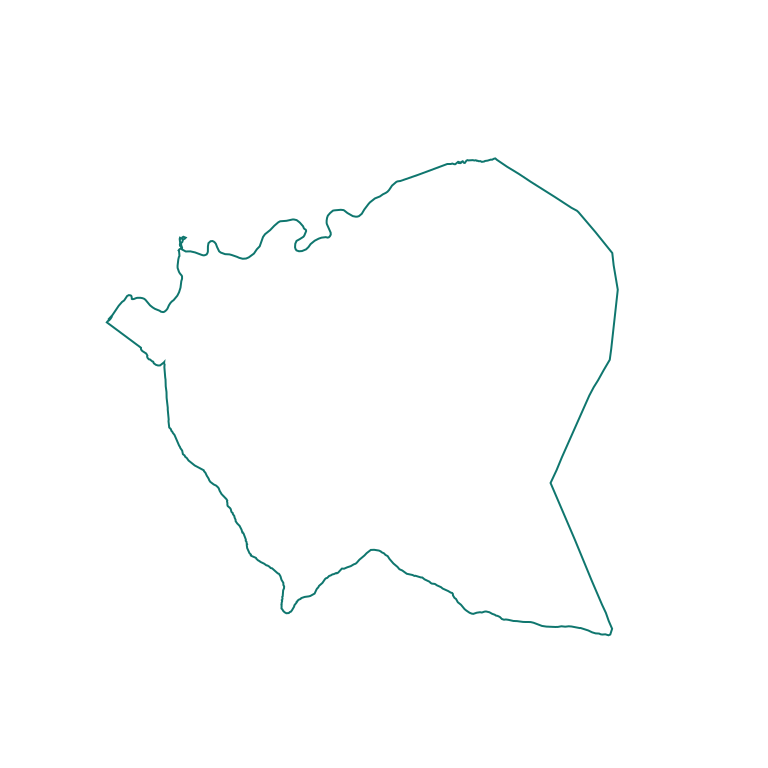 Kanel, Matam, Senegal (Albers equal-area conic projection), rotated 285°
{"feature_id": "50182788B72122084264725", "entity_name": "Kanel", "entity_type": "district", "adm_level": 2, "iso_a3": "SEN", "parent_name": "Senegal", "parent_adm1": "Matam", "projection": "albers", "projection_center": [-13.164, 15.01], "detail": "fine", "context": "isolated", "style": "outline", "palette": "teal", "viewbox_px": 768, "rotation_deg": 285, "n_neighbors": 0, "source": "geoboundaries", "source_scale": "gbopen_adm2", "svg_char_len": 6154}
<svg xmlns="http://www.w3.org/2000/svg" viewBox="0 0 768 768"><g transform="rotate(285 384 384)"><path d="M595.0,363.0L584.3,347.2L583.2,344.6L582.4,343.6L577.7,340.4L572.7,338.7L570.6,337.6L569.0,336.2L566.9,333.8L564.1,331.5L560.9,327.2L555.8,323.4L553.8,322.4L547.4,319.8L542.7,318.5L539.7,316.4L538.8,315.0L538.3,313.4L538.1,310.4L539.7,304.4L541.3,300.7L541.5,299.9L541.1,297.2L538.9,291.2L538.3,289.9L537.5,289.3L535.2,287.7L532.1,286.2L529.7,286.0L527.0,286.3L524.7,286.9L523.6,287.5L516.4,293.3L514.5,293.9L512.7,293.5L511.5,292.8L511.1,292.2L510.8,291.6L510.8,289.8L509.2,285.8L507.5,283.3L504.5,280.0L500.2,276.9L496.7,275.6L493.9,273.9L491.2,270.4L490.2,267.5L490.4,264.9L491.4,263.7L493.0,262.7L496.5,262.0L499.6,262.5L502.2,265.2L505.4,268.1L506.8,268.6L510.6,269.1L511.6,269.2L512.3,268.9L512.8,268.4L513.2,267.0L513.8,266.2L515.4,265.0L518.2,260.8L519.7,257.2L519.6,254.4L519.3,253.2L516.4,247.6L514.3,241.6L512.9,240.1L508.5,237.1L503.2,234.2L497.9,230.3L494.7,229.1L484.8,228.3L481.2,226.3L476.3,224.6L471.3,220.6L469.5,218.3L468.4,215.1L468.4,211.5L468.8,209.0L469.2,203.3L469.2,201.2L468.3,196.9L468.7,192.3L469.5,190.4L473.1,187.3L475.9,185.3L477.0,183.8L477.5,182.6L477.7,181.3L477.0,179.5L474.6,178.0L471.4,178.3L466.3,179.6L465.0,179.6L463.2,179.1L461.9,177.4L461.5,176.1L461.5,174.7L462.2,167.4L462.0,162.6L460.7,158.2L461.7,154.0L463.4,153.7L465.7,152.1L467.8,151.5L468.9,152.4L471.5,152.5L472.9,154.0L474.0,154.6L474.3,152.1L473.5,151.3L472.3,151.2L471.5,150.0L472.4,149.6L472.5,149.1L471.2,149.1L467.5,150.6L466.0,150.7L464.7,151.2L464.2,152.5L463.4,152.8L462.4,152.7L461.1,151.5L459.8,151.0L459.5,151.5L457.3,152.4L454.6,153.3L453.6,153.0L451.0,153.1L444.8,154.0L442.7,154.6L439.3,156.9L438.0,158.2L436.3,160.6L435.6,161.1L433.4,161.7L430.9,161.6L424.4,162.5L419.6,162.3L415.8,161.5L410.6,159.1L408.8,157.7L406.9,156.7L404.4,155.9L400.6,155.3L398.8,154.5L397.0,153.2L396.3,152.1L396.1,149.9L396.7,148.3L397.3,143.3L398.1,140.7L399.4,137.7L403.5,131.9L404.2,130.4L404.4,128.6L404.2,126.2L403.5,123.7L403.0,122.6L401.3,120.3L400.8,118.8L400.9,118.4L402.8,117.7L403.8,117.0L404.0,116.3L403.8,114.5L402.5,113.1L397.5,111.4L395.4,109.7L390.9,107.5L380.4,103.9L375.4,101.3L375.1,101.6L375.3,101.9L375.8,102.4L377.1,102.9L377.3,103.3L376.3,103.0L374.5,102.1L373.2,100.9L371.8,100.3L356.1,139.9L355.1,140.1L354.3,140.6L353.3,142.0L351.9,146.4L350.2,148.1L349.2,148.1L348.2,148.7L347.4,149.8L347.0,150.5L347.1,151.6L345.8,154.5L345.8,155.3L344.4,156.3L343.5,158.7L343.4,160.9L344.0,162.9L347.7,165.7L348.3,166.0L347.0,166.2L346.1,167.0L343.4,167.5L333.6,171.0L331.8,171.8L325.2,173.8L319.9,176.0L314.4,177.6L305.0,181.3L303.4,181.7L294.0,185.2L292.2,185.5L286.4,187.8L285.3,189.7L283.6,190.9L283.2,191.8L282.2,192.6L280.6,194.8L271.5,202.0L270.4,203.2L269.5,203.8L267.4,206.3L264.2,207.9L263.3,210.0L262.3,210.7L261.5,212.6L259.5,215.0L256.3,222.3L254.0,232.2L253.1,232.8L252.1,234.4L249.5,236.6L247.3,239.0L245.7,240.2L244.5,241.6L242.9,245.5L242.4,248.2L241.1,250.6L240.3,251.5L238.3,252.9L235.6,255.6L232.0,261.6L230.8,262.8L229.8,262.8L228.6,263.5L226.7,264.0L225.7,264.6L224.3,267.4L223.4,268.4L221.4,269.5L220.7,270.1L220.2,271.3L219.1,271.8L217.8,273.5L216.2,274.3L214.4,275.8L213.1,276.2L211.3,278.3L209.6,281.2L206.4,284.1L204.9,285.0L204.3,285.8L203.8,285.7L203.3,287.0L198.0,290.8L196.8,291.0L196.0,292.0L194.5,292.6L193.8,293.3L193.2,293.0L190.1,294.3L185.7,297.9L184.8,299.6L184.1,299.6L183.7,300.1L182.9,305.3L182.2,305.9L181.1,307.9L180.6,309.9L180.2,310.6L179.4,314.8L178.4,317.3L178.5,318.5L177.9,320.5L176.9,322.2L177.0,323.6L173.6,330.4L173.5,331.5L173.0,332.2L171.4,333.8L168.4,335.6L165.9,338.2L163.7,338.9L162.7,339.9L160.8,340.3L158.6,340.0L152.7,341.1L152.0,340.8L150.4,341.5L149.3,341.5L148.8,341.2L148.0,341.8L145.8,341.8L144.8,342.2L144.3,342.0L143.3,342.5L140.6,343.1L139.8,344.4L139.0,345.0L137.8,347.0L137.3,349.0L138.1,351.3L139.3,352.0L139.9,352.9L141.4,353.6L145.7,354.8L147.0,354.7L150.5,356.2L150.9,356.0L151.7,356.6L152.4,356.6L154.0,357.9L154.7,359.0L155.8,359.5L157.8,362.5L159.4,366.3L160.2,367.7L163.6,371.2L168.1,372.0L169.1,372.3L170.4,373.1L172.2,373.5L175.9,376.0L180.2,377.5L181.2,378.1L182.1,379.4L184.4,380.7L185.3,382.1L186.7,383.4L187.4,384.8L189.1,386.8L188.9,387.4L189.9,388.5L194.8,391.1L195.3,393.3L197.4,395.9L199.5,399.1L201.9,401.4L203.1,403.1L204.4,404.0L207.9,405.7L213.3,409.5L216.1,411.0L220.3,414.2L221.3,417.4L221.8,422.3L221.4,424.4L220.9,425.1L220.4,427.9L219.3,429.6L218.7,432.1L216.5,434.5L213.1,439.5L210.8,444.4L209.1,446.8L208.6,449.9L206.6,455.1L206.9,461.0L206.5,463.0L206.9,464.0L206.7,469.7L207.0,471.1L205.8,473.7L204.8,479.1L203.9,480.6L203.6,481.9L204.0,484.5L203.9,485.5L203.3,486.9L202.5,491.7L201.6,493.6L200.6,499.7L199.8,502.4L199.8,503.9L199.0,504.9L197.7,505.3L195.6,507.5L195.0,509.2L192.3,511.8L190.7,515.5L187.4,520.1L186.5,522.1L185.2,525.8L184.9,528.2L185.1,529.8L187.1,532.8L188.4,535.8L188.6,537.7L190.1,539.9L190.7,541.4L190.8,544.9L190.0,548.0L189.8,550.7L189.3,552.0L189.4,553.6L189.2,554.9L188.9,556.3L187.5,558.7L187.4,560.9L188.1,562.7L188.4,565.1L188.6,570.3L189.4,573.9L190.2,580.1L192.0,587.2L192.1,590.3L191.2,599.2L191.7,603.6L193.7,612.6L194.4,614.9L195.9,618.1L196.5,621.9L197.8,625.2L198.3,627.9L198.9,636.1L199.2,637.1L198.8,645.1L198.0,649.3L197.9,653.0L198.6,656.3L198.3,658.2L198.5,659.7L199.5,662.6L199.4,665.9L200.6,667.4L206.6,667.7L213.4,662.3L220.3,657.6L227.3,651.7L248.0,635.4L282.8,608.8L331.5,570.5L345.5,573.0L359.3,574.8L426.0,585.3L435.2,587.4L443.0,589.8L454.2,592.6L465.8,595.8L476.7,594.4L535.6,585.4L558.1,575.1L569.6,570.6L585.4,549.0L600.3,527.4L601.3,525.5L602.7,519.5L608.9,500.5L617.3,473.4L621.8,460.0L625.7,446.7L629.8,434.9L630.7,433.2L630.2,432.1L628.6,430.3L628.4,429.1L626.6,426.3L625.6,423.9L624.8,423.1L623.9,421.0L624.2,419.4L623.7,417.8L623.9,416.6L623.6,416.1L623.9,414.8L623.3,413.5L623.2,411.8L621.8,407.6L621.9,406.9L621.2,405.9L618.4,404.8L618.4,403.7L619.5,402.4L618.7,401.5L617.8,401.3L617.1,400.6L616.9,399.4L617.4,399.4L617.2,399.0L617.8,398.7L617.8,398.1L614.8,396.0L614.5,395.0L614.6,392.9L613.8,391.6L612.9,388.2L595.0,363.0Z" fill="none" stroke="#0f766e" stroke-width="2"/></g></svg>